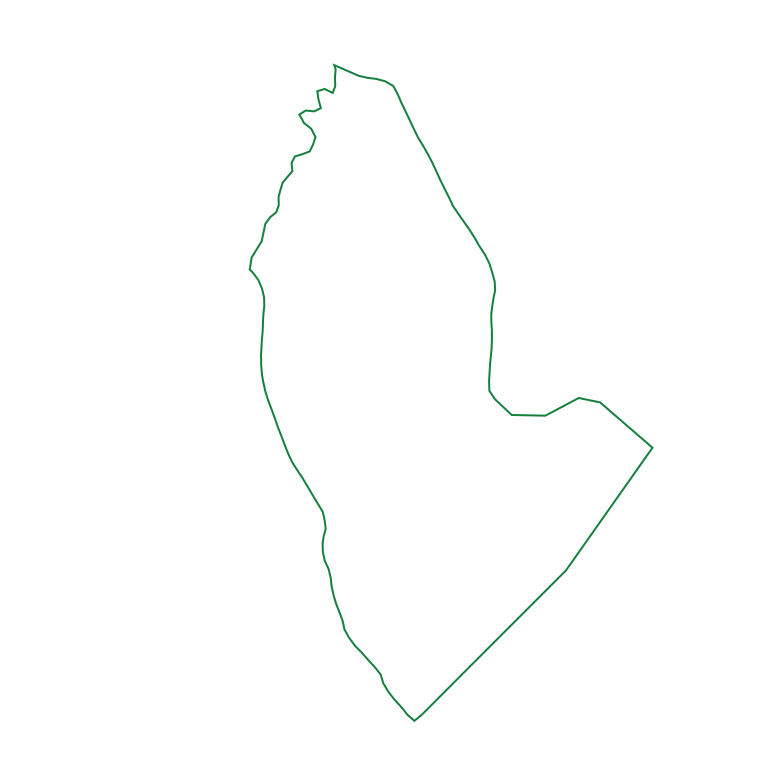 the district of Dahr, Shabwah, Yemen, rotated 135°
{"feature_id": "15242507B29053891717332", "entity_name": "Dahr", "entity_type": "district", "adm_level": 2, "iso_a3": "YEM", "parent_name": "Yemen", "parent_adm1": "Shabwah", "projection": "equal_earth", "projection_center": [47.604, 15.508], "detail": "fine", "context": "isolated", "style": "outline", "palette": "green", "viewbox_px": 768, "rotation_deg": 135, "n_neighbors": 0, "source": "geoboundaries", "source_scale": "gbopen_adm2", "svg_char_len": 2218}
<svg xmlns="http://www.w3.org/2000/svg" viewBox="0 0 768 768"><g transform="rotate(135 384 384)"><path d="M239.2,149.1L244.2,218.2L256.2,236.4L292.3,247.5L315.6,271.8L316.3,295.0L314.3,304.7L307.8,311.6L301.5,317.2L295.1,322.9L288.9,328.0L282.6,333.2L276.0,339.4L269.9,345.5L264.5,351.7L258.6,357.7L252.1,362.7L245.7,367.4L239.2,371.6L233.3,378.2L228.6,386.4L224.3,394.6L221.1,404.1L219.1,413.8L216.6,423.1L214.5,432.4L212.9,441.7L211.1,451.9L209.3,461.1L206.2,469.7L202.9,479.7L199.7,489.2L196.5,497.6L193.4,506.2L190.6,515.0L188.1,524.0L185.7,534.1L182.4,543.7L178.9,553.3L175.8,562.1L172.8,570.8L169.4,579.2L166.7,588.2L169.1,597.2L173.8,605.3L179.0,611.9L183.8,619.5L187.2,628.1L190.5,636.5L193.7,644.6L195.8,640.6L202.2,635.2L207.7,629.2L214.4,626.0L217.4,634.6L224.1,638.2L229.2,631.4L233.6,623.7L240.7,626.2L243.1,629.2L245.9,632.7L253.3,634.4L256.0,625.2L255.0,615.9L257.8,607.1L264.6,603.6L272.0,601.0L279.2,604.2L286.0,607.9L293.0,605.7L298.3,599.3L305.8,598.7L313.1,598.1L319.8,594.6L326.4,590.7L332.0,584.8L338.8,581.6L346.2,582.4L354.6,581.2L369.6,571.4L388.2,567.0L394.9,562.1L398.0,559.9L398.0,559.4L398.0,555.2L399.4,546.0L402.9,537.6L404.7,534.6L407.5,530.1L409.0,528.5L413.5,523.8L419.2,519.2L419.6,518.9L420.6,518.0L426.0,513.2L428.8,510.5L431.8,507.7L435.7,504.4L438.3,502.3L444.8,496.5L451.0,490.9L457.1,484.6L463.2,477.5L468.3,470.3L469.8,467.9L473.0,462.9L474.1,460.8L477.2,455.0L481.4,445.6L485.4,437.0L488.6,430.5L489.6,428.4L492.6,421.5L493.4,419.6L497.2,411.3L500.9,402.8L504.1,393.9L505.0,390.1L506.3,384.2L508.2,374.7L509.0,371.7L510.6,365.4L513.0,355.9L515.4,346.3L516.5,341.6L517.7,336.9L522.3,329.7L527.5,322.9L533.2,319.6L534.1,319.2L535.9,317.8L540.3,314.5L546.0,308.5L550.2,302.0L550.9,300.9L554.2,291.9L557.7,286.4L558.8,284.6L564.2,277.8L568.9,270.5L571.7,265.3L573.3,262.4L577.0,253.9L580.7,245.8L585.4,238.6L587.6,231.2L588.1,229.5L589.6,219.2L589.7,209.5L589.8,208.1L590.3,200.1L590.7,190.4L591.8,181.0L596.1,172.9L598.6,162.9L598.7,162.0L599.8,153.2L600.2,143.0L600.5,140.3L600.7,138.3L601.3,133.5L600.7,124.4L596.5,123.9L593.0,123.5L589.3,123.4L586.1,123.4L519.8,123.5L457.3,123.5L422.2,123.5L387.2,123.5L239.2,149.1Z" fill="none" stroke="#15803d" stroke-width="2"/></g></svg>